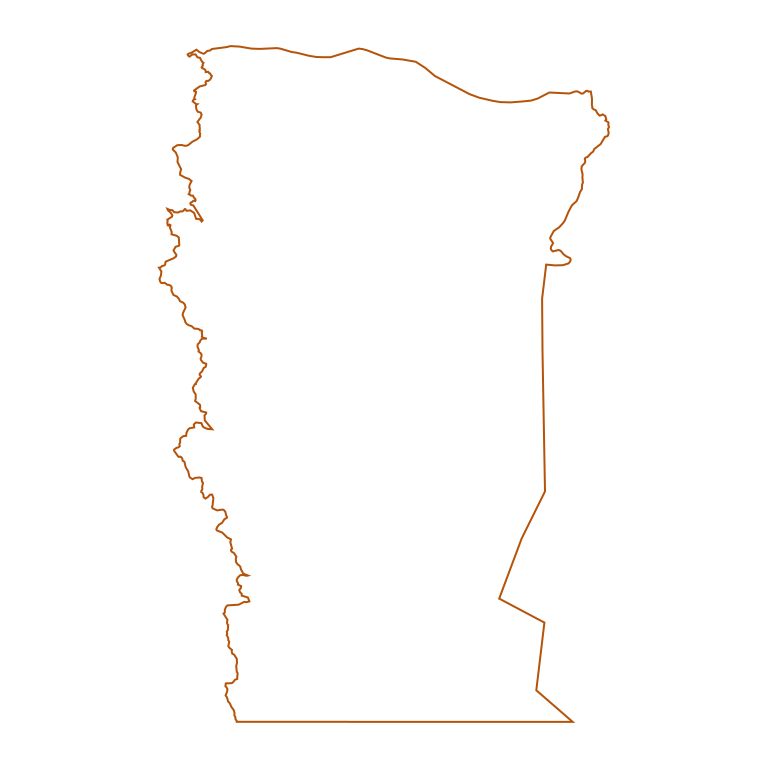 the district of Bariloche, Río Negro, Argentina
{"feature_id": "61730980B38483237983856", "entity_name": "Bariloche", "entity_type": "district", "adm_level": 2, "iso_a3": "ARG", "parent_name": "Argentina", "parent_adm1": "Río Negro", "projection": "robinson", "projection_center": [-71.782, -41.509], "detail": "fine", "context": "isolated", "style": "outline", "palette": "amber", "viewbox_px": 768, "rotation_deg": 0, "n_neighbors": 0, "source": "geoboundaries", "source_scale": "gbopen_adm2", "svg_char_len": 6043}
<svg xmlns="http://www.w3.org/2000/svg" viewBox="0 0 768 768"><path d="M187.6,54.5L188.3,55.8L189.6,56.6L192.3,54.5L195.6,54.4L197.4,57.3L199.9,57.8L202.1,61.8L203.5,62.8L202.6,64.5L202.9,65.6L201.6,67.2L201.8,67.8L204.9,69.5L205.7,70.9L205.7,72.1L208.2,71.8L209.2,73.2L210.2,73.5L210.4,74.4L211.9,76.0L210.5,79.1L209.4,80.2L208.0,81.0L206.6,80.8L205.7,81.6L205.5,82.3L206.1,83.9L205.4,85.0L199.6,86.5L194.1,90.4L194.3,91.3L195.9,91.6L196.0,92.8L194.3,97.5L194.4,98.4L195.0,99.2L193.6,99.5L192.7,101.3L195.9,104.0L197.3,104.2L196.2,105.1L195.9,106.2L196.5,109.6L197.7,111.7L200.7,112.6L201.6,114.6L200.8,117.4L197.4,122.0L199.7,125.1L199.5,126.6L199.9,128.2L199.4,129.8L199.9,130.3L199.3,131.8L200.1,133.2L199.9,136.7L197.2,139.2L192.4,141.7L188.1,145.2L185.5,145.9L181.4,145.0L177.2,145.2L173.4,147.7L172.9,148.3L172.8,149.6L175.8,152.5L177.8,157.3L177.5,162.0L181.1,169.2L180.1,172.9L180.1,174.9L185.3,177.7L188.9,178.9L191.6,181.0L189.7,184.6L189.2,187.5L190.3,190.2L189.6,191.5L189.5,193.2L188.7,194.1L191.2,195.6L193.1,195.7L193.7,197.3L195.4,199.0L195.6,200.4L195.1,201.1L194.1,200.6L193.1,201.0L192.4,201.8L190.6,202.7L190.3,203.8L191.3,205.0L193.3,205.4L202.7,220.4L201.6,221.5L200.5,220.0L199.0,219.0L196.1,218.8L194.2,213.0L190.4,210.4L186.5,210.8L185.4,209.1L184.7,209.1L183.5,210.7L182.3,211.4L180.2,211.4L178.2,212.5L174.1,212.2L172.5,210.3L169.4,209.8L167.4,208.9L168.0,210.4L170.6,212.6L172.4,215.3L172.0,216.7L167.3,219.7L167.7,221.1L167.3,222.4L167.7,225.2L168.2,225.6L169.5,224.6L170.5,225.2L169.9,227.5L171.7,231.9L171.5,234.3L176.8,235.8L178.8,237.5L179.3,244.9L179.0,245.7L175.6,246.8L173.6,250.2L173.6,250.8L176.4,254.9L176.1,256.4L173.7,258.2L165.6,261.7L165.1,264.5L164.5,265.4L162.0,266.0L160.6,267.4L159.0,267.7L161.4,271.5L160.9,275.6L159.5,278.9L160.0,281.2L161.0,282.8L162.3,283.1L164.6,282.8L167.6,284.9L169.0,284.9L170.8,285.8L171.8,287.5L171.4,290.6L173.4,294.9L177.0,296.6L178.6,298.4L180.1,301.3L183.1,302.6L184.7,304.3L185.6,307.5L183.1,312.7L182.6,315.1L184.9,320.3L185.3,322.0L186.5,323.8L188.7,325.2L191.7,326.2L194.3,328.6L197.7,328.8L199.6,329.6L200.0,330.3L201.8,330.5L202.2,331.7L201.7,332.7L202.2,335.1L201.8,336.8L203.6,337.9L206.9,338.6L203.0,338.6L201.6,339.1L200.5,340.3L199.6,342.5L197.7,344.3L197.5,346.6L198.9,350.2L198.5,351.5L200.8,353.3L201.6,354.8L201.3,357.3L200.6,358.5L200.8,359.8L203.2,362.8L206.1,363.7L206.3,364.5L205.7,366.8L203.7,368.0L202.1,371.3L199.7,373.7L199.7,374.9L200.9,376.3L200.9,376.9L198.5,378.9L195.8,383.2L195.9,384.0L194.9,384.2L192.8,387.8L193.7,391.5L195.7,394.5L195.7,398.9L195.1,401.0L199.9,404.7L200.3,406.9L199.5,407.9L201.1,411.2L206.2,412.5L206.1,413.6L204.5,415.4L204.8,420.4L212.2,429.3L207.3,428.9L203.7,427.3L202.7,426.3L201.4,423.1L195.8,422.5L193.8,424.5L194.2,427.4L189.5,428.3L188.1,429.5L186.4,433.0L186.2,435.8L183.4,436.1L180.5,438.3L180.1,439.5L180.2,442.1L179.3,444.5L179.8,446.1L178.6,447.3L176.6,447.8L174.2,449.5L174.0,450.6L178.1,456.4L178.7,456.9L180.2,456.6L181.5,457.4L182.3,458.7L182.7,460.8L184.4,461.7L185.7,467.2L188.2,471.3L189.3,476.3L190.1,477.6L192.6,479.2L195.1,477.9L199.1,477.5L201.5,477.9L202.0,481.6L203.0,482.9L202.1,487.0L202.4,489.0L201.2,491.3L201.2,492.0L202.6,493.0L203.5,495.2L203.6,497.2L205.4,498.6L207.8,497.1L209.9,494.7L212.1,494.6L213.4,498.2L212.6,505.3L212.0,506.8L212.6,508.3L217.1,510.4L222.4,509.6L223.6,509.8L225.3,511.7L226.2,515.4L227.0,516.9L226.8,517.9L224.5,519.1L222.0,522.9L218.9,524.7L217.1,527.3L216.3,529.4L217.0,530.5L222.3,532.6L227.1,537.4L231.0,539.4L230.3,542.2L232.1,548.7L231.3,549.2L231.0,550.6L231.7,551.7L234.0,553.1L236.4,556.7L235.8,558.7L236.0,562.0L237.6,564.4L239.2,565.4L240.3,566.8L241.0,569.5L243.3,573.6L248.0,575.5L246.8,575.8L242.3,574.9L240.1,575.3L237.9,577.5L236.7,579.8L236.9,581.4L238.1,583.2L237.9,584.6L241.1,586.1L240.7,588.4L239.5,589.5L239.3,590.3L240.1,592.3L241.7,593.8L241.7,595.6L247.9,597.5L249.4,601.4L246.6,602.2L244.2,601.9L238.6,604.7L227.3,605.4L225.8,607.3L224.8,609.9L224.8,612.6L223.5,613.6L227.4,619.7L227.0,622.5L227.4,624.2L228.2,625.1L227.9,626.7L228.1,627.5L227.8,630.2L226.8,631.6L227.2,634.0L226.7,635.1L228.3,638.2L228.2,640.1L229.2,641.7L228.3,646.2L229.6,648.0L231.9,649.9L231.7,651.6L232.3,653.7L234.1,654.6L236.8,658.9L237.0,662.9L236.2,666.1L236.8,671.9L237.4,672.5L237.7,674.3L237.3,675.7L237.2,679.0L235.1,679.7L232.5,682.8L231.1,683.2L225.8,683.4L225.4,686.2L226.5,687.3L227.4,689.0L227.2,691.4L225.6,695.5L227.0,697.4L228.1,701.5L229.7,703.1L231.5,707.1L233.6,709.9L234.5,712.7L234.4,715.6L235.3,717.0L235.5,719.2L236.9,721.2L236.8,721.8L572.7,721.9L536.3,690.3L544.4,622.6L499.2,598.6L521.7,538.4L545.0,491.4L542.5,351.3L542.1,298.7L546.2,264.6L554.8,265.4L562.9,265.2L568.5,263.4L570.2,261.4L570.7,259.5L570.0,258.1L566.0,256.2L563.6,254.3L560.6,250.8L558.6,250.0L552.9,251.4L551.8,250.6L550.8,248.9L551.0,246.8L553.1,243.1L550.3,238.8L550.3,237.4L553.7,231.1L559.4,227.1L563.3,222.8L565.0,220.2L568.2,212.4L570.6,207.7L572.2,205.0L576.5,201.2L578.0,198.0L580.1,192.0L581.9,189.0L582.1,184.5L582.9,182.7L582.4,177.3L582.6,174.4L581.4,169.3L581.8,166.2L584.8,162.9L585.3,161.4L584.8,158.6L585.7,157.6L587.5,157.0L590.9,153.3L593.2,151.5L594.2,149.1L600.7,144.0L605.0,136.8L607.3,136.2L608.0,135.5L608.7,133.0L607.9,129.0L609.0,127.2L608.3,124.9L608.5,122.8L608.3,122.2L605.4,120.6L606.3,119.1L605.3,116.0L602.6,114.4L599.9,115.7L599.3,115.4L597.3,113.1L595.8,110.3L593.4,109.2L592.2,107.9L592.4,106.8L591.9,105.6L592.0,98.7L590.8,91.5L588.1,91.5L587.5,90.9L586.2,90.9L583.3,93.3L581.8,93.7L577.5,91.4L575.0,91.5L569.4,93.5L549.4,92.5L537.5,98.6L531.0,100.6L523.3,101.4L510.4,102.4L500.4,102.1L492.6,100.8L479.2,97.7L469.7,94.2L434.9,76.0L425.1,67.8L415.8,61.8L402.9,59.5L389.7,58.4L386.0,57.6L367.3,50.4L362.7,49.1L358.7,48.6L330.6,57.2L322.5,57.2L316.4,57.0L309.1,55.8L296.6,52.7L291.7,52.0L280.2,48.6L276.9,48.1L259.9,48.9L251.2,48.6L239.7,46.6L230.4,46.1L226.6,47.1L211.9,49.0L210.1,50.5L207.4,50.9L204.3,53.6L203.3,53.7L199.3,52.0L196.4,49.7L192.1,52.4L188.4,53.8L187.6,54.5Z" fill="none" stroke="#b45309" stroke-width="2"/></svg>